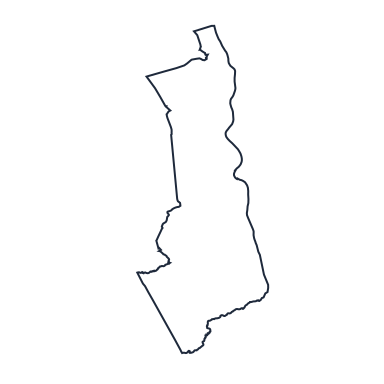 the district of Gamarra, Cesar, Colombia, rotated 164°
{"feature_id": "7082276B88005930101798", "entity_name": "Gamarra", "entity_type": "district", "adm_level": 2, "iso_a3": "COL", "parent_name": "Colombia", "parent_adm1": "Cesar", "projection": "albers", "projection_center": [-73.694, 8.322], "detail": "fine", "context": "isolated", "style": "outline", "palette": "slate", "viewbox_px": 384, "rotation_deg": 164, "n_neighbors": 0, "source": "geoboundaries", "source_scale": "gbopen_adm2", "svg_char_len": 5788}
<svg xmlns="http://www.w3.org/2000/svg" viewBox="0 0 384 384"><g transform="rotate(164 192 192)"><path d="M124.8,345.6L127.4,346.3L145.8,345.9L143.7,341.3L143.3,331.5L143.4,330.3L143.5,329.9L143.4,329.4L145.3,326.7L145.2,326.7L144.8,326.3L143.4,324.4L141.6,322.4L141.2,322.1L141.3,320.5L141.2,320.2L139.7,319.9L139.4,320.0L139.6,319.8L139.0,319.7L140.6,318.1L140.8,317.5L140.9,316.9L141.6,317.0L141.7,316.3L141.4,316.3L141.5,315.7L142.2,315.7L143.6,315.2L145.3,315.9L146.8,317.5L148.0,318.4L150.8,318.8L155.7,319.3L156.4,319.1L161.3,316.9L164.5,315.8L172.9,315.4L185.5,315.5L188.1,315.5L203.9,315.5L198.9,301.9L196.3,292.0L194.0,282.3L193.7,281.6L193.2,281.6L192.9,281.5L193.3,280.9L190.4,276.3L191.8,276.0L192.8,275.5L193.8,274.6L194.3,274.1L195.0,273.7L195.2,271.7L195.2,269.8L194.4,260.3L194.4,257.8L194.7,256.4L195.4,254.2L195.5,253.5L195.7,253.1L196.3,252.7L208.1,189.7L208.2,188.6L208.1,187.1L207.9,186.7L207.0,185.6L206.5,184.8L206.7,183.2L206.9,182.1L207.0,181.9L207.4,181.9L208.5,181.4L209.3,181.4L210.3,181.6L212.2,181.6L214.2,181.3L215.2,181.0L216.1,180.7L216.5,180.3L217.2,180.0L218.9,179.8L220.3,179.9L221.0,179.7L221.2,179.4L221.3,179.0L221.3,178.5L220.6,176.9L220.5,176.4L220.6,176.2L221.8,175.3L222.7,174.8L224.1,171.8L225.2,170.6L225.7,170.3L228.3,169.6L229.0,169.1L230.5,167.2L230.6,166.8L230.2,165.9L230.3,165.5L230.4,165.3L231.1,164.9L231.6,164.4L232.2,163.6L236.6,158.6L239.3,155.4L239.7,155.1L239.8,147.0L239.0,147.3L237.8,144.9L239.9,144.3L238.8,143.7L236.9,140.7L236.7,140.0L235.5,139.3L235.2,138.7L234.2,137.7L234.1,137.4L234.1,136.7L232.7,134.3L232.6,133.5L232.7,133.2L233.2,132.9L233.3,132.8L233.3,131.9L233.5,131.7L233.9,131.5L234.1,131.1L233.5,130.9L233.1,130.3L232.7,130.0L233.1,129.9L233.3,129.7L233.7,129.4L234.2,129.4L234.6,129.6L236.3,129.4L237.7,129.4L238.2,128.9L238.5,128.7L239.4,128.5L239.8,128.5L241.4,129.2L241.9,129.1L243.4,129.2L244.1,128.6L244.8,128.5L245.1,128.4L245.3,128.3L245.5,127.8L245.9,127.7L246.0,127.5L246.3,127.3L246.4,127.1L246.6,127.0L247.1,127.0L247.7,126.5L248.1,126.3L249.6,126.2L249.8,126.7L249.9,126.8L250.3,126.8L250.9,126.8L250.9,126.7L250.8,126.4L251.8,126.5L252.0,126.5L252.3,126.8L252.6,126.7L252.9,126.5L253.3,126.5L253.9,127.0L255.5,126.2L256.1,126.1L256.7,126.1L257.1,126.2L258.3,126.8L259.0,127.5L259.9,127.6L260.5,127.5L260.8,127.2L261.0,127.2L261.1,127.3L261.1,127.7L261.3,128.0L261.7,128.0L261.7,128.6L262.0,128.8L262.7,128.4L263.6,128.4L264.3,128.8L265.0,129.4L265.8,129.6L266.8,129.6L264.6,118.3L264.4,117.4L263.1,114.5L261.6,107.7L259.5,99.1L249.1,54.6L246.6,43.3L246.3,41.3L245.9,39.9L244.9,40.0L244.3,39.7L243.7,39.6L242.4,38.9L241.7,38.8L240.9,39.0L239.4,40.0L239.0,40.2L238.8,40.2L238.5,40.0L238.1,39.6L238.1,39.1L238.6,38.3L238.6,38.1L238.2,37.9L237.2,37.7L235.5,37.7L234.7,37.9L233.2,39.0L232.9,39.0L232.6,39.0L231.6,38.6L231.2,38.5L230.7,38.9L229.9,39.0L229.5,39.2L228.6,39.9L227.5,39.9L226.6,40.4L225.5,40.8L224.7,41.2L223.9,41.4L223.6,41.6L223.2,41.9L223.1,42.2L223.1,43.1L223.3,43.9L223.3,44.5L223.2,44.9L223.0,45.1L222.7,45.2L221.5,45.4L221.2,45.7L220.8,46.5L220.7,46.8L220.7,47.1L220.6,47.3L220.4,47.5L220.0,47.6L219.6,48.0L219.5,48.4L219.0,48.4L218.6,49.2L218.6,50.5L218.2,50.6L217.8,50.1L217.5,50.2L217.3,50.4L217.2,50.8L216.7,50.3L216.1,50.9L215.4,51.1L215.5,51.7L215.5,51.9L214.1,51.7L213.9,52.0L213.6,52.8L213.3,52.9L213.2,52.8L212.9,52.7L212.7,52.9L212.4,54.6L212.4,55.0L212.6,55.5L212.8,55.8L214.7,56.9L214.9,57.1L214.8,57.6L214.8,58.5L214.7,58.7L213.9,59.3L213.9,59.5L214.1,59.8L213.5,60.3L213.1,60.8L212.7,62.6L212.3,63.3L211.8,63.6L211.2,63.6L210.7,63.4L209.9,63.4L208.5,63.8L208.1,64.1L207.8,64.2L207.3,64.0L206.5,64.1L205.7,63.7L204.8,64.0L204.0,64.0L202.3,63.6L201.5,63.6L200.6,63.6L199.4,64.0L199.0,64.4L198.8,65.1L198.6,65.2L197.9,65.4L197.3,65.4L196.8,65.2L196.3,64.9L195.4,64.0L194.9,63.8L194.4,63.8L193.3,64.2L192.6,64.3L192.2,64.5L191.6,65.2L191.2,65.4L190.6,65.4L190.1,65.2L189.1,64.9L188.3,64.9L187.5,65.3L186.8,65.8L185.6,65.9L185.0,66.4L183.6,66.6L182.6,67.1L182.1,67.2L181.5,67.2L180.9,67.1L179.7,66.5L178.8,66.2L177.7,66.2L176.7,66.6L175.8,66.5L175.7,66.4L175.5,65.8L175.3,65.6L175.0,65.6L174.6,65.8L174.2,66.2L173.7,66.3L173.4,66.7L172.9,67.0L172.3,67.8L171.9,68.1L171.3,68.3L170.3,68.5L169.6,69.0L168.4,69.6L167.1,69.8L166.8,70.0L166.6,70.3L165.3,69.9L164.6,69.9L163.2,69.9L161.5,69.5L160.7,69.4L160.3,69.5L159.5,69.8L159.2,69.7L158.8,69.4L158.6,69.4L158.4,69.7L158.2,69.7L157.8,69.3L157.5,69.2L157.5,68.8L157.2,68.7L156.8,69.0L155.9,69.2L155.6,69.4L154.1,70.8L152.5,70.9L152.2,71.0L149.5,74.3L147.0,75.0L145.2,78.8L144.4,81.8L145.6,92.8L144.1,112.9L144.7,116.3L144.5,123.1L144.8,125.4L144.8,126.9L145.0,129.2L145.0,130.8L144.7,133.6L143.7,136.8L143.6,137.8L143.7,139.5L145.2,151.4L145.5,154.5L145.1,156.6L143.8,159.4L142.5,162.9L140.9,165.8L139.7,169.6L138.7,174.1L137.7,177.4L137.1,180.6L137.2,183.2L138.3,186.7L139.7,188.4L141.1,189.7L142.7,190.6L144.6,192.5L145.1,192.0L145.6,192.5L146.3,193.5L146.7,194.5L146.9,195.5L147.0,196.6L146.7,197.7L146.4,198.3L145.2,199.9L144.5,200.5L144.8,200.8L144.7,200.9L142.5,202.3L140.0,203.4L137.7,205.1L136.0,207.3L135.3,208.8L134.9,210.4L134.7,212.2L134.7,213.4L134.8,215.6L135.4,218.1L136.1,220.5L139.9,227.8L141.7,230.7L143.0,233.2L143.8,235.4L143.9,236.7L143.8,237.9L143.6,238.9L143.1,240.0L141.8,241.3L140.4,242.2L138.6,243.6L134.7,246.2L133.0,248.5L132.2,250.2L130.6,257.8L130.6,260.3L130.9,262.5L130.9,265.2L130.8,266.7L129.7,269.6L128.8,270.8L126.7,272.4L125.6,273.5L122.9,277.3L122.1,278.7L121.6,279.9L120.6,286.4L119.6,289.9L118.2,293.4L117.2,296.4L117.3,298.1L117.9,299.3L120.3,302.7L120.8,304.5L121.1,305.9L120.9,307.9L120.3,310.3L120.2,313.1L120.2,314.8L120.5,317.0L121.2,318.7L122.7,324.1L123.4,329.0L124.2,331.5L124.6,334.5L125.0,338.6L124.9,343.3L124.8,345.6Z" fill="none" stroke="#1e293b" stroke-width="2"/></g></svg>